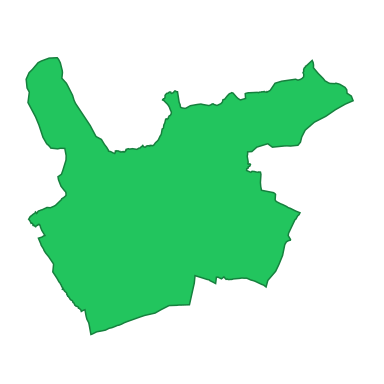 Notodden nor, Telemark, Norway (Mercator projection), rotated 88°
{"feature_id": "86288312B98862303596044", "entity_name": "Notodden nor", "entity_type": "district", "adm_level": 2, "iso_a3": "NOR", "parent_name": "Norway", "parent_adm1": "Telemark", "projection": "mercator", "projection_center": [9.072, 59.692], "detail": "fine", "context": "isolated", "style": "filled", "palette": "green", "viewbox_px": 384, "rotation_deg": 88, "n_neighbors": 0, "source": "geoboundaries", "source_scale": "gbopen_adm2", "svg_char_len": 5987}
<svg xmlns="http://www.w3.org/2000/svg" viewBox="0 0 384 384"><g transform="rotate(88 192 192)"><path d="M289.5,121.3L283.0,119.3L274.2,111.2L267.5,107.7L258.6,103.7L247.8,101.1L245.1,99.4L244.0,97.3L243.6,95.4L242.9,95.2L238.9,97.4L236.5,96.9L223.2,90.0L222.7,89.1L219.6,87.3L218.4,85.8L216.5,84.8L214.7,88.9L211.7,94.4L211.0,96.4L209.9,97.8L207.8,101.7L206.8,104.0L204.4,108.2L202.8,109.2L197.3,108.6L196.6,109.1L195.5,110.5L192.7,122.5L189.0,123.1L184.9,123.3L176.8,122.5L174.5,122.9L174.3,124.8L174.6,125.1L174.6,125.5L174.2,127.5L173.7,128.9L173.4,131.3L174.4,132.5L172.4,136.7L170.6,136.4L170.0,135.0L168.8,134.9L168.5,133.9L168.1,133.3L166.5,132.6L166.0,133.0L165.9,133.7L166.2,134.6L166.1,134.9L165.7,135.2L164.1,134.8L158.0,135.6L156.4,135.1L153.8,135.0L153.7,130.8L149.4,125.6L146.4,114.6L150.0,110.1L149.2,97.9L149.2,95.3L149.5,92.0L149.0,84.5L146.0,81.9L140.8,80.4L134.1,76.7L126.5,67.3L121.0,55.6L114.7,45.7L109.5,35.7L106.4,27.8L101.7,29.4L98.7,33.6L95.2,33.8L92.8,35.4L89.7,40.2L89.2,41.4L88.3,44.4L88.7,45.5L88.3,50.3L87.7,51.8L86.3,53.9L85.8,55.0L83.2,56.9L78.0,61.7L72.1,66.3L69.4,66.1L66.9,66.4L64.7,67.3L69.9,73.3L70.3,74.2L71.2,74.4L72.1,75.6L73.8,76.2L75.3,76.1L76.6,76.9L78.3,76.2L80.9,76.4L81.6,77.3L82.1,77.6L83.4,80.0L83.5,80.9L83.9,81.7L83.8,82.2L83.9,82.4L82.9,84.5L84.4,98.5L86.2,105.2L93.2,110.3L94.7,113.2L94.3,113.6L94.9,114.1L94.4,116.0L94.1,116.3L94.4,116.7L94.2,117.2L94.4,117.6L94.3,118.9L94.6,119.2L94.6,121.0L94.7,121.4L94.8,121.4L94.9,122.0L95.1,122.3L94.8,122.8L94.7,123.5L94.8,130.6L94.8,132.4L95.3,134.8L95.6,135.4L100.4,135.2L101.7,140.5L100.2,142.7L98.8,144.1L94.6,147.5L94.1,148.9L94.6,149.6L94.9,150.7L95.4,151.6L97.3,153.5L100.5,156.2L100.8,157.8L103.2,158.5L104.7,160.0L106.4,164.0L105.1,167.4L104.6,167.8L104.8,169.0L105.5,170.0L106.1,171.6L106.2,172.2L104.9,178.2L104.4,180.0L104.7,183.6L105.7,190.6L108.0,195.1L108.2,196.1L107.6,199.0L107.0,200.4L104.8,200.9L104.5,200.8L102.0,201.7L91.3,203.0L91.2,204.2L90.5,204.9L90.4,205.7L92.1,207.3L92.8,208.9L92.4,209.5L91.4,209.8L91.3,211.0L91.7,211.7L92.4,212.4L92.4,213.3L92.5,213.7L93.8,215.1L94.7,215.6L96.1,215.6L97.2,215.9L97.8,216.5L97.8,217.1L97.9,217.3L98.6,218.1L99.0,218.2L99.7,216.8L100.1,216.5L101.0,215.7L103.6,213.3L106.0,211.8L109.3,210.7L111.4,209.8L113.5,210.2L114.9,211.2L114.9,211.6L115.0,212.0L116.6,213.0L117.7,213.2L118.1,214.0L118.5,214.3L118.0,214.9L118.0,215.3L118.4,215.8L122.2,216.8L123.5,217.6L124.5,217.9L127.0,218.3L127.5,218.6L128.0,219.6L132.8,220.6L133.7,221.0L134.6,221.5L134.8,221.8L138.7,223.8L139.8,224.8L141.5,226.8L143.7,228.5L144.1,229.0L144.0,229.3L144.2,229.5L144.4,230.1L144.3,230.7L143.9,231.2L144.0,232.3L144.5,232.3L144.6,232.8L144.6,233.1L144.3,233.7L144.2,234.3L144.4,235.5L144.6,235.7L144.6,236.1L145.4,236.7L145.6,237.4L144.8,239.3L143.8,239.4L143.7,239.7L144.5,240.2L145.2,241.4L146.0,242.1L146.2,242.5L146.4,243.8L147.4,245.3L147.4,246.4L147.2,246.9L146.6,250.2L146.7,250.3L146.9,252.7L146.8,253.5L146.5,254.1L146.7,254.8L147.1,256.3L147.8,256.3L148.4,256.7L148.5,256.9L148.4,257.0L149.0,257.3L149.7,258.0L149.3,258.9L149.6,259.0L149.7,259.3L149.6,259.8L149.2,260.3L149.7,261.6L149.3,262.5L148.9,262.6L148.9,263.6L148.5,264.0L148.3,264.5L148.3,265.1L148.6,265.9L148.2,266.2L148.4,266.6L148.3,267.1L149.7,267.3L150.8,267.9L150.5,268.5L150.4,269.1L148.8,271.9L148.3,273.9L147.9,274.1L147.5,274.0L144.4,275.7L141.5,277.8L136.3,280.7L133.2,286.0L122.1,291.4L99.3,305.4L96.2,306.7L91.2,308.0L81.5,312.5L78.9,313.8L73.8,318.1L68.3,317.3L66.3,317.4L58.3,319.1L54.8,320.7L53.1,322.0L53.2,330.1L55.9,338.2L57.4,341.3L63.9,347.2L67.0,350.6L73.5,353.8L82.3,353.2L86.5,351.1L96.9,352.8L111.5,345.7L119.8,342.6L132.2,339.0L138.6,335.6L139.1,335.1L139.5,334.9L139.9,334.1L140.8,333.5L141.2,332.9L143.2,331.6L144.2,324.7L143.7,322.1L144.0,317.6L151.3,316.5L155.7,316.8L166.4,320.5L169.8,321.9L172.0,325.4L175.1,325.0L181.7,322.7L186.2,319.4L187.3,318.4L188.3,318.0L191.1,318.0L192.8,320.0L194.3,322.5L195.1,322.8L200.6,328.9L201.4,330.5L202.8,334.1L202.4,337.5L203.2,339.2L203.3,339.6L204.5,342.3L204.7,343.4L205.4,345.1L205.4,345.4L205.6,346.0L206.1,346.7L207.0,347.1L208.0,348.0L206.7,348.8L206.5,349.1L207.3,349.3L209.1,352.1L210.1,353.2L210.6,354.2L211.4,354.9L213.2,355.9L213.5,356.2L215.1,355.0L217.6,353.9L217.3,353.5L217.7,353.1L217.8,352.7L218.7,352.1L219.3,352.1L219.3,351.7L219.8,351.8L219.8,351.4L219.9,351.1L220.1,351.1L220.1,350.8L221.3,349.6L221.2,349.3L220.6,349.0L220.0,348.2L220.0,347.7L219.1,346.8L219.3,346.5L219.0,346.0L219.1,345.7L219.6,345.6L219.6,345.3L220.0,345.0L222.0,344.6L225.0,343.5L230.4,340.5L230.7,341.8L231.8,343.5L232.8,347.1L238.6,344.9L239.9,344.6L243.9,342.3L245.3,341.9L248.0,340.3L251.5,337.6L258.9,333.0L259.7,332.9L267.0,333.9L273.6,329.9L277.3,328.0L278.0,327.3L280.0,326.3L280.4,325.9L281.0,325.9L282.3,325.3L283.8,324.2L284.6,325.0L284.7,324.9L285.1,323.9L285.6,323.4L285.7,323.0L286.5,322.9L288.3,321.0L289.4,320.6L290.2,320.7L290.6,320.1L291.8,319.9L292.1,319.1L293.0,318.7L294.0,317.9L294.5,317.8L295.1,317.4L295.2,317.1L295.9,316.6L296.1,315.9L296.6,315.3L297.2,315.0L297.8,315.0L298.5,314.5L298.9,313.8L300.7,313.2L301.2,312.9L301.5,312.3L302.0,312.0L302.6,310.2L303.1,309.7L304.2,309.5L304.4,308.5L305.1,308.1L305.7,307.3L307.5,306.8L306.6,305.1L305.9,303.1L312.2,302.2L315.4,301.5L319.0,299.8L321.1,299.4L330.9,298.0L330.4,296.5L328.4,292.1L327.6,286.7L327.0,283.3L325.3,279.6L324.8,276.8L323.4,272.8L322.8,271.5L322.5,269.5L321.5,266.8L320.3,264.3L319.2,261.2L315.0,248.0L313.7,243.6L311.7,233.1L308.5,227.0L304.7,218.9L304.7,211.2L304.5,208.9L304.6,206.6L304.6,198.5L283.1,192.9L275.7,191.9L278.8,183.0L279.8,180.3L280.5,177.6L281.2,177.2L282.8,174.2L284.3,171.6L278.0,170.6L278.1,169.8L277.9,169.2L279.8,165.6L278.0,163.1L280.5,161.0L280.3,159.6L280.7,159.0L280.8,158.2L280.7,155.7L280.8,155.4L280.3,153.6L280.0,147.5L279.7,145.2L280.0,142.5L280.0,140.5L280.7,138.9L281.9,136.5L282.8,133.6L283.4,132.1L286.8,125.5L287.5,123.7L289.5,121.3Z" fill="#22c55e" stroke="#15803d" stroke-width="1.5"/></g></svg>